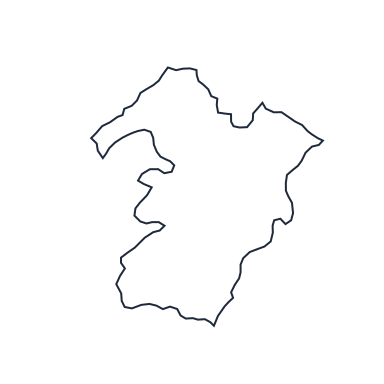 Ijaci, Minas Gerais, Brazil, rotated 225°
{"feature_id": "56859067B18421767150420", "entity_name": "Ijaci", "entity_type": "district", "adm_level": 2, "iso_a3": "BRA", "parent_name": "Brazil", "parent_adm1": "Minas Gerais", "projection": "robinson", "projection_center": [-44.927, -21.175], "detail": "fine", "context": "isolated", "style": "outline", "palette": "slate", "viewbox_px": 384, "rotation_deg": 225, "n_neighbors": 0, "source": "geoboundaries", "source_scale": "gbopen_adm2", "svg_char_len": 1853}
<svg xmlns="http://www.w3.org/2000/svg" viewBox="0 0 384 384"><g transform="rotate(225 192 192)"><path d="M158.3,63.1L152.2,67.2L148.0,76.4L142.9,82.8L136.8,86.5L129.8,88.6L126.5,95.4L119.7,98.8L112.7,96.6L106.9,98.1L102.2,103.4L97.6,105.9L92.9,111.2L87.0,112.9L81.9,112.9L86.0,122.7L88.1,134.5L88.3,140.5L88.1,146.2L93.4,148.7L96.1,156.6L97.6,164.2L100.8,169.5L106.3,175.0L109.0,181.4L108.7,190.4L105.3,198.0L102.2,204.7L101.4,212.7L106.1,220.4L111.2,225.2L113.9,230.1L110.6,235.6L103.2,235.4L101.9,242.1L105.6,248.5L113.6,255.0L121.0,257.1L126.5,259.3L132.1,264.8L136.9,271.2L136.4,278.3L135.6,285.7L136.6,291.7L139.5,300.1L139.3,308.9L135.6,315.0L135.8,320.9L141.2,319.0L148.1,317.5L153.4,316.8L161.5,317.2L169.0,314.7L177.2,313.2L185.2,311.7L190.5,306.2L198.7,303.1L205.3,304.9L204.7,297.6L204.3,290.8L199.8,285.7L198.9,276.8L204.0,271.2L209.1,267.9L214.1,269.4L219.4,274.6L223.8,271.0L229.7,266.6L236.0,271.0L240.1,275.9L246.2,273.4L253.1,276.1L260.0,275.9L265.8,275.1L271.1,277.9L275.1,281.4L280.9,277.9L285.6,272.8L289.4,266.9L297.1,263.0L295.6,253.5L294.2,247.3L294.9,240.3L296.8,233.0L298.5,225.6L295.6,217.8L295.6,210.3L298.7,202.9L295.5,197.3L297.8,192.4L299.3,183.3L302.1,175.1L301.4,165.6L301.4,158.8L293.7,158.9L287.8,154.6L279.0,152.9L279.9,158.5L281.5,164.4L281.4,172.6L279.6,181.2L277.8,186.7L275.8,191.9L273.4,196.8L269.8,202.3L263.7,205.3L257.8,202.9L252.3,198.4L245.4,195.6L239.3,194.7L233.8,196.5L229.2,198.3L223.4,198.3L220.7,191.9L224.9,185.7L232.1,184.2L237.9,178.3L240.1,169.3L238.2,161.9L231.6,163.6L223.8,166.8L221.5,157.9L221.3,147.5L220.4,140.4L216.0,134.6L207.7,134.6L201.9,137.6L198.9,142.5L194.2,147.2L187.6,148.7L187.6,141.9L191.0,136.2L193.1,126.3L193.1,112.2L194.7,103.4L195.8,95.4L192.1,91.7L185.4,90.5L183.6,81.9L180.4,73.3L170.3,70.2L164.7,65.3L158.3,63.1Z" fill="none" stroke="#1e293b" stroke-width="2"/></g></svg>